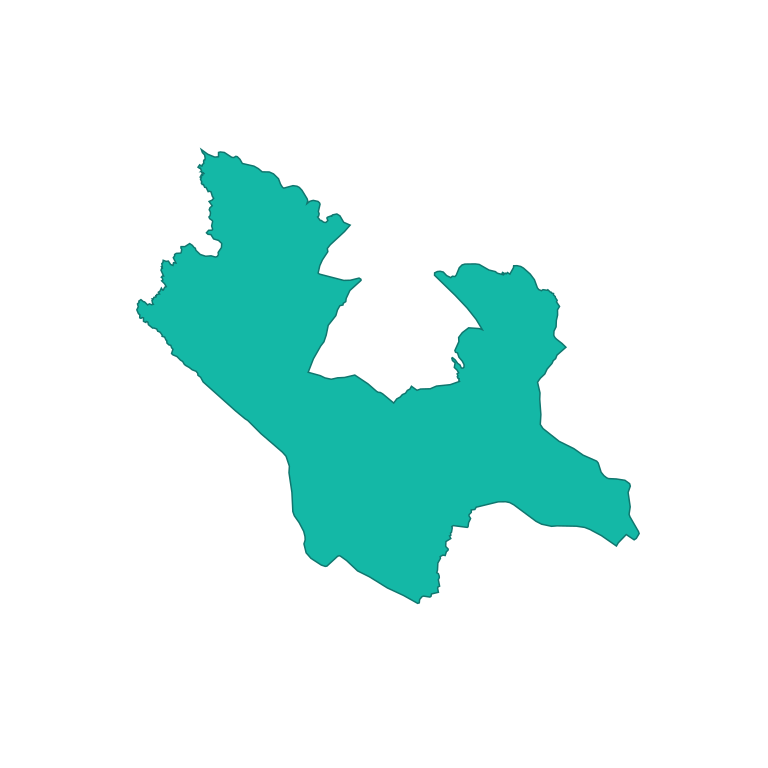 Lindi, Lindi, United Republic of Tanzania, rotated 311°
{"feature_id": "72390352B7713188541433", "entity_name": "Lindi", "entity_type": "district", "adm_level": 2, "iso_a3": "TZA", "parent_name": "United Republic of Tanzania", "parent_adm1": "Lindi", "projection": "equal_earth", "projection_center": [39.517, -10.037], "detail": "fine", "context": "isolated", "style": "filled", "palette": "teal", "viewbox_px": 768, "rotation_deg": 311, "n_neighbors": 0, "source": "geoboundaries", "source_scale": "gbopen_adm2", "svg_char_len": 6168}
<svg xmlns="http://www.w3.org/2000/svg" viewBox="0 0 768 768"><g transform="rotate(311 384 384)"><path d="M267.6,203.7L267.5,205.5L268.9,209.8L268.5,214.7L268.9,217.3L267.8,220.5L267.9,222.3L268.7,226.1L268.9,230.0L270.3,233.8L269.9,236.3L268.5,237.9L268.8,241.1L266.9,246.2L266.3,289.9L266.6,301.9L267.1,305.1L265.8,323.8L265.9,352.0L265.2,357.5L259.9,366.5L254.7,370.5L241.8,385.6L227.9,398.9L225.7,402.8L223.7,410.9L220.1,420.1L217.0,424.5L214.6,426.8L210.8,428.5L205.5,436.0L204.5,443.3L206.2,455.4L207.8,459.3L209.1,460.4L223.5,462.0L225.0,462.8L225.5,464.0L226.2,471.6L225.6,486.7L228.9,499.4L232.3,520.4L237.2,537.4L240.5,553.3L242.0,554.2L244.7,552.3L248.4,552.2L249.8,552.9L253.3,558.4L254.5,558.8L256.7,557.6L262.5,561.7L265.1,558.4L266.2,557.9L267.9,558.6L271.9,553.4L274.1,552.8L275.3,551.6L276.5,549.5L276.2,547.6L278.6,546.5L284.2,542.1L289.4,541.0L290.6,539.6L293.5,540.7L294.7,542.7L298.3,541.1L300.4,541.4L301.5,540.8L301.9,537.1L305.7,534.1L311.2,535.8L312.3,533.1L313.6,533.7L315.2,532.0L316.4,532.2L320.2,529.9L320.9,528.7L322.6,529.2L330.4,540.9L331.4,541.1L334.9,538.8L339.3,537.6L340.2,534.7L341.2,533.9L344.4,534.1L346.2,532.5L348.9,534.9L351.5,534.4L370.0,547.5L375.0,553.1L377.0,556.7L378.0,561.3L380.1,588.8L381.6,594.9L386.5,603.8L390.5,607.7L402.9,622.5L407.4,629.5L409.2,634.5L412.2,647.5L414.2,665.7L417.8,665.0L429.3,665.6L430.5,675.0L433.0,675.7L438.5,674.7L439.6,672.8L445.2,656.6L446.5,654.4L452.8,650.4L462.3,639.4L468.5,636.9L469.9,634.8L469.4,629.0L464.8,621.7L459.9,615.5L459.3,613.6L459.1,610.0L459.9,605.7L464.9,597.5L465.3,595.1L460.9,580.8L459.8,569.8L455.6,553.7L454.7,533.2L456.0,528.5L463.8,522.5L474.7,511.5L479.6,507.6L486.1,498.7L491.0,498.2L497.0,498.8L502.3,497.3L509.7,497.3L512.8,496.4L515.7,496.9L519.2,495.6L531.1,497.2L531.4,491.7L531.0,484.9L531.2,482.5L532.1,480.2L535.4,477.6L540.0,476.4L545.0,472.4L549.9,469.8L553.8,466.3L557.7,465.6L559.1,460.3L560.8,459.8L561.5,456.9L562.3,455.9L562.4,453.5L563.5,452.6L562.6,450.9L563.0,450.1L562.5,449.5L562.6,445.8L561.8,445.7L559.5,442.1L557.7,441.6L556.8,438.9L557.2,436.7L561.4,429.1L562.9,422.2L563.0,413.3L562.4,410.1L560.6,406.8L558.3,404.3L556.7,405.4L549.5,406.9L549.1,404.0L547.6,404.1L547.3,403.0L546.6,403.0L546.0,400.3L545.1,400.5L545.3,402.5L544.8,402.6L542.0,396.9L541.9,394.3L538.9,388.5L536.7,377.4L534.5,374.1L527.6,366.4L525.1,364.8L521.2,364.5L513.5,367.1L511.7,367.1L510.2,364.9L508.1,364.6L506.9,360.2L507.4,355.3L505.9,352.4L503.9,350.5L501.1,349.3L499.2,350.8L497.6,379.7L495.9,396.8L493.2,411.2L489.5,422.6L488.4,419.6L481.9,411.0L474.1,409.4L468.1,409.8L465.1,412.7L455.8,415.5L454.9,417.1L455.7,419.1L453.4,422.9L452.6,428.1L451.1,431.8L449.0,433.4L447.7,433.1L446.8,431.8L448.2,428.9L447.9,426.1L448.9,422.0L448.8,418.4L448.0,418.2L446.6,420.3L446.6,423.8L442.6,426.2L442.4,430.1L441.4,433.0L439.6,432.5L438.7,434.5L437.6,434.5L436.9,435.9L437.3,437.2L436.0,437.9L435.5,439.3L426.9,434.4L416.9,425.0L410.7,422.0L404.2,414.9L400.9,413.0L400.3,406.2L397.2,406.9L394.5,405.8L391.2,406.3L388.0,404.8L384.9,404.8L381.1,403.4L376.0,403.8L375.7,389.6L375.2,386.8L373.9,385.0L373.6,383.3L373.6,371.8L371.6,356.1L363.0,349.9L358.2,344.9L353.0,341.1L349.9,335.5L348.5,330.4L343.1,319.1L356.7,314.2L371.2,311.3L376.4,311.0L383.0,308.3L391.7,303.4L404.0,302.8L409.4,300.3L414.2,299.3L416.7,301.2L418.2,300.3L421.1,301.1L423.8,299.3L432.2,296.9L447.1,298.7L447.9,297.9L447.6,295.7L440.2,290.5L435.8,285.7L424.6,263.2L424.5,261.5L431.2,257.9L437.2,256.1L447.0,254.8L449.1,252.3L453.9,252.1L473.2,254.2L481.7,254.2L479.6,247.5L482.0,240.4L481.4,236.9L478.0,234.3L476.8,234.1L475.7,234.9L476.8,234.1L472.7,231.9L471.8,232.0L470.5,234.4L467.8,234.2L466.5,232.4L466.3,229.4L465.6,228.6L466.5,224.3L467.9,224.5L469.9,223.4L471.1,221.3L477.7,217.8L478.4,216.6L478.5,214.4L476.2,210.2L475.0,209.3L473.1,208.1L469.5,207.5L472.2,206.3L473.4,204.4L476.4,195.0L476.8,191.2L476.2,188.6L474.0,185.2L466.0,179.8L465.9,178.2L466.9,174.9L469.7,169.7L470.1,162.8L468.8,158.4L464.2,152.9L464.1,147.8L463.1,142.9L457.5,132.4L459.1,127.9L459.3,124.1L458.6,122.8L456.4,122.1L455.2,120.4L454.0,111.6L451.7,108.2L450.2,107.2L446.9,110.0L444.2,107.4L441.8,100.3L441.1,92.3L439.5,95.2L439.2,98.3L437.1,100.9L435.6,101.7L435.1,101.2L434.0,101.5L432.2,103.3L430.4,102.9L429.4,103.7L428.6,103.1L428.5,101.1L425.6,101.4L425.8,103.4L426.4,103.9L425.0,106.6L424.1,106.4L424.7,107.1L423.9,107.9L424.9,109.0L424.7,110.1L422.4,109.0L421.7,109.0L422.1,110.0L419.6,109.5L419.8,110.8L418.2,111.1L416.9,114.0L415.8,114.3L415.3,116.0L416.1,116.8L414.8,119.6L415.6,120.9L413.8,125.1L415.0,125.9L415.5,127.4L413.1,131.2L412.4,133.6L409.9,133.6L407.0,132.2L405.8,137.4L402.8,137.0L400.8,137.8L400.0,140.0L398.9,141.1L397.0,142.3L395.2,142.3L394.4,144.0L394.7,147.1L394.3,148.0L390.2,150.2L388.4,153.1L387.1,153.2L385.0,150.8L381.6,150.8L381.5,153.0L383.2,155.3L381.7,160.2L383.8,164.9L383.6,169.3L380.3,171.8L374.5,172.5L372.9,174.2L370.9,174.5L369.2,173.5L367.3,169.4L363.4,165.6L361.2,160.3L361.5,154.3L362.7,152.5L362.4,151.1L362.9,148.4L362.5,145.2L357.1,143.6L354.5,140.7L353.4,141.5L352.9,143.0L350.1,144.7L349.3,144.6L346.3,141.5L344.4,141.0L343.2,142.0L341.1,142.1L338.8,147.6L337.5,145.6L335.0,146.9L334.2,144.5L335.3,140.6L333.6,139.1L332.5,136.2L330.5,137.5L329.1,137.3L327.0,139.8L326.5,139.2L325.8,140.8L325.2,140.4L323.6,141.0L320.9,146.8L320.1,145.9L318.5,145.9L318.6,147.1L317.4,148.9L316.0,148.5L315.7,152.6L314.6,155.8L313.2,155.0L310.1,155.8L309.6,155.3L310.3,153.1L307.1,154.0L305.2,153.5L304.7,155.5L302.5,153.8L301.5,154.3L301.0,153.8L300.2,154.8L298.4,153.5L297.0,154.0L296.1,153.2L295.9,154.2L294.8,154.1L293.1,156.4L292.8,157.6L291.3,156.6L290.6,154.4L288.6,153.7L288.9,149.4L288.3,148.5L288.2,145.2L285.7,144.6L284.8,145.6L282.7,145.4L281.1,147.9L277.8,148.8L276.0,152.5L276.0,154.4L273.7,156.2L274.1,157.5L275.5,157.9L276.1,159.1L273.5,161.4L274.2,163.9L275.2,163.6L275.6,164.3L275.7,165.3L274.2,167.3L274.4,172.7L275.4,173.8L276.4,176.4L275.4,178.6L276.2,180.8L275.9,182.5L275.3,184.6L274.4,185.2L275.5,187.7L274.1,190.6L274.3,191.4L272.5,193.4L272.4,196.0L273.3,197.7L272.0,199.9L271.8,201.9L267.6,203.7Z" fill="#14b8a6" stroke="#0f766e" stroke-width="1.5"/></g></svg>